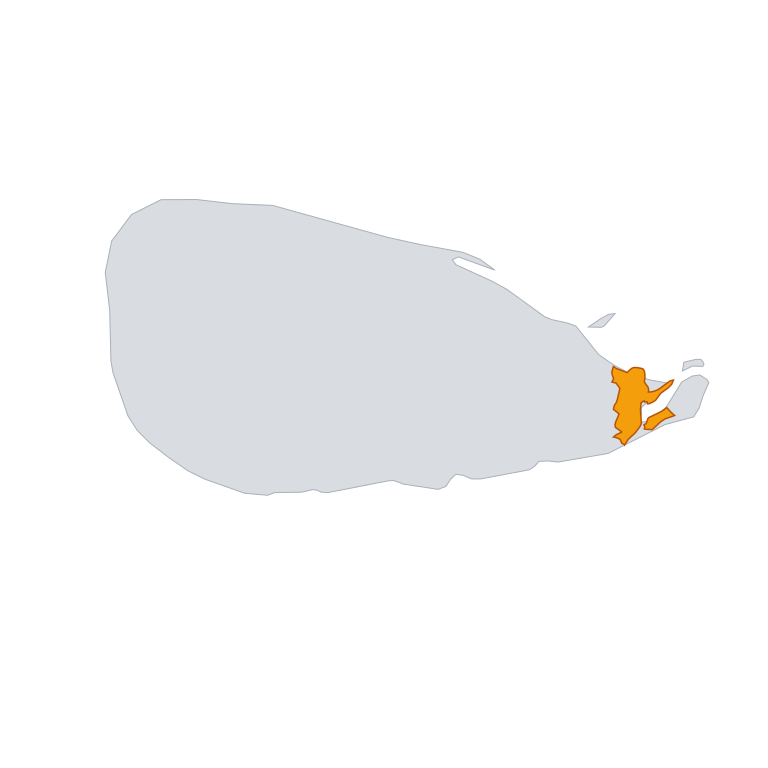 Kilinŏchchi highlighted on a map of Sri Lanka, rotated 110°
{"feature_id": "LKA-2460", "entity_name": "Kilinŏchchi", "entity_type": "District", "adm_level": 1, "iso_a3": "LKA", "parent_name": "Sri Lanka", "parent_adm1": "", "projection": "robinson", "projection_center": [80.291, 9.445], "detail": "fine", "context": "in_parent", "style": "filled", "palette": "amber", "viewbox_px": 768, "rotation_deg": 110, "n_neighbors": 0, "source": "natural_earth", "source_scale": "10m", "svg_char_len": 2479}
<svg xmlns="http://www.w3.org/2000/svg" viewBox="0 0 768 768"><g transform="rotate(110 384 384)"><path d="M271.5,79.2L284.8,80.1L299.0,79.7L309.0,81.8L326.1,106.1L372.6,149.7L397.9,193.9L400.2,203.6L403.7,212.0L409.8,214.3L414.9,218.1L440.2,260.8L443.2,269.2L442.8,278.6L444.2,285.5L450.9,288.9L459.1,290.8L464.5,297.2L471.4,331.3L471.4,341.9L473.3,346.5L505.2,399.5L507.1,406.0L506.7,410.8L507.7,415.0L513.8,424.4L523.5,449.7L528.4,455.4L534.3,477.5L534.7,519.8L532.6,538.6L526.6,561.5L519.6,583.8L512.0,600.0L501.5,613.7L465.7,642.8L455.5,648.6L408.9,666.8L374.5,684.1L342.8,688.8L311.0,679.2L287.1,656.6L274.8,623.3L266.5,588.5L254.3,549.9L245.0,430.7L240.5,397.3L233.3,354.9L234.0,336.5L239.1,318.8L239.1,357.5L243.8,362.3L247.3,357.3L250.5,317.3L253.2,300.3L265.8,256.1L266.1,248.3L263.9,231.7L264.0,223.4L282.9,192.4L287.7,174.3L290.3,155.9L289.3,136.0L285.9,116.3L301.1,122.6L309.5,129.4L318.0,134.0L325.0,131.7L333.3,131.6L327.4,120.9L309.7,111.0L280.3,104.9L271.1,97.1L267.5,90.3L269.3,82.4L271.5,79.2ZM256.5,199.5L260.5,211.4L249.1,203.2L241.5,196.5L238.9,191.0L254.5,197.1L256.5,199.5ZM269.7,108.0L261.0,109.7L254.1,99.2L252.5,94.7L254.3,91.6L256.2,90.0L258.4,90.5L261.7,100.3L269.7,108.0Z" fill="#d9dde1" stroke="#a8b0b8" stroke-width="1"/><path d="M289.1,174.4L290.0,170.6L290.0,161.4L290.3,160.1L290.0,159.2L288.4,158.8L284.6,156.6L283.1,155.0L282.1,152.0L282.0,151.5L281.3,147.8L281.3,145.7L282.9,143.7L286.0,142.0L289.4,140.8L292.2,140.3L293.5,139.6L296.5,135.0L296.9,134.7L297.4,134.3L298.4,133.6L299.7,133.1L301.2,132.8L299.9,130.0L299.1,128.8L298.3,127.6L296.3,125.3L293.6,123.1L283.3,116.3L281.3,113.4L285.7,113.5L290.0,115.4L298.3,120.9L306.3,123.2L308.4,124.7L311.7,127.9L312.5,129.6L310.8,130.6L311.2,131.7L311.7,132.8L310.8,133.8L313.7,136.0L320.6,134.2L333.1,128.6L336.5,128.9L343.9,131.2L352.6,135.6L359.2,137.1L358.6,137.8L358.3,140.4L355.3,143.1L354.9,146.7L355.3,150.2L352.1,148.3L349.4,145.7L348.3,144.2L347.6,144.4L345.7,151.6L343.4,153.0L339.9,153.3L333.5,152.9L331.7,153.0L329.3,159.8L325.6,160.2L321.9,159.4L318.1,159.5L307.4,160.9L303.8,166.2L304.2,170.5L300.5,170.0L297.9,172.3L294.9,174.0L290.2,174.4L289.1,174.4ZM314.2,100.1L320.9,108.2L325.2,111.3L335.2,116.4L337.0,122.5L337.2,124.1L335.5,124.2L334.4,124.6L334.3,124.9L334.0,125.5L333.4,125.8L331.6,124.2L330.9,124.1L326.4,124.2L325.1,123.8L315.2,114.2L311.0,111.1L310.9,111.1L309.4,110.3L312.4,104.6L314.2,100.1L314.2,100.1Z" fill="#f59e0b" stroke="#b45309" stroke-width="1.5"/></g></svg>